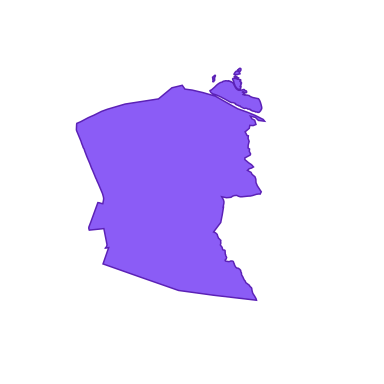 outline of Tigre, Buenos Aires, Argentina, rotated 322°
{"feature_id": "61730980B37602961907031", "entity_name": "Tigre", "entity_type": "district", "adm_level": 2, "iso_a3": "ARG", "parent_name": "Argentina", "parent_adm1": "Buenos Aires", "projection": "orthographic", "projection_center": [-58.508, -34.4], "detail": "fine", "context": "isolated", "style": "filled", "palette": "violet", "viewbox_px": 384, "rotation_deg": 322, "n_neighbors": 0, "source": "geoboundaries", "source_scale": "gbopen_adm2", "svg_char_len": 6034}
<svg xmlns="http://www.w3.org/2000/svg" viewBox="0 0 384 384"><g transform="rotate(322 192 192)"><path d="M250.0,101.9L240.3,97.5L222.9,98.0L208.6,90.0L193.4,81.5L176.3,74.7L170.4,72.8L161.6,71.0L158.6,70.2L155.7,69.5L147.7,68.1L143.5,67.0L142.7,67.7L139.6,71.3L139.1,72.0L138.8,72.7L135.8,83.6L134.9,86.0L134.1,88.8L133.6,90.1L133.5,91.6L132.8,93.4L130.9,99.5L129.0,106.7L127.6,111.1L126.9,114.1L124.7,121.9L124.5,123.1L124.0,124.7L123.3,127.7L120.5,138.1L119.4,140.8L118.6,142.4L118.3,142.8L117.4,143.8L114.5,146.3L113.6,145.3L112.2,143.3L111.3,142.4L93.7,153.4L89.2,156.1L88.8,156.5L88.1,157.4L87.6,158.8L100.0,166.6L92.7,181.0L92.0,181.8L91.4,182.2L90.6,182.6L89.5,182.7L89.2,182.9L92.1,184.5L77.6,193.9L99.7,228.5L120.8,261.3L145.6,286.8L176.2,317.0L176.7,315.9L177.2,313.0L177.5,309.6L177.7,308.8L178.8,306.3L179.8,304.6L179.9,303.9L179.6,302.4L179.6,301.6L179.8,300.9L179.7,300.5L178.6,296.5L179.1,295.0L179.0,293.7L179.1,293.0L179.8,290.1L180.1,287.8L181.0,286.4L181.2,286.0L181.5,284.6L181.8,284.1L182.1,283.7L182.0,282.3L181.7,281.0L181.4,280.4L180.5,279.5L180.4,279.3L180.2,278.1L180.5,275.9L181.0,274.8L181.3,273.4L181.5,273.0L181.7,272.4L181.6,271.7L181.2,271.2L180.2,270.3L178.8,269.9L178.0,269.4L176.0,267.2L175.9,266.9L175.9,266.7L176.2,266.1L176.6,265.9L177.4,265.9L178.0,265.6L179.0,264.9L179.1,264.6L179.3,263.4L179.4,262.9L179.9,262.1L180.0,261.4L182.0,258.5L182.0,258.2L181.8,257.7L180.9,256.9L180.8,256.5L180.8,256.1L181.5,254.6L181.7,253.8L181.7,251.2L183.4,249.9L183.7,249.1L184.9,247.9L184.9,247.5L184.7,246.8L184.7,245.9L184.4,244.6L184.8,244.0L184.9,242.9L185.7,241.1L185.7,240.1L185.4,238.7L184.8,237.4L184.4,236.8L195.9,233.7L201.9,228.5L207.4,223.4L207.1,223.2L210.3,220.4L211.2,219.3L212.0,217.5L212.5,214.0L215.6,217.7L217.4,218.9L219.5,220.2L221.4,220.3L223.0,220.8L225.2,222.2L225.9,223.8L227.0,225.4L228.7,226.7L233.5,229.7L235.5,231.1L237.6,232.1L241.4,233.5L243.6,234.8L244.4,235.6L246.7,234.5L247.3,227.4L248.2,224.0L250.2,221.2L251.0,218.8L250.2,215.1L250.6,212.9L249.0,209.1L251.5,208.9L253.6,209.8L255.9,210.1L255.7,207.1L254.6,203.8L253.6,199.0L254.6,197.7L260.6,198.7L261.6,198.1L262.2,195.2L263.8,193.6L263.3,191.8L265.1,189.7L268.2,187.3L269.2,184.3L271.0,182.4L270.2,181.4L270.9,177.3L276.3,177.1L278.6,175.1L281.0,177.3L284.0,178.2L285.6,174.0L284.2,171.1L284.7,168.2L287.9,172.3L288.4,176.5L292.8,180.9L292.8,178.7L288.9,170.4L285.1,163.8L279.3,154.6L275.0,144.5L269.3,130.7L261.9,120.5L254.9,111.8L249.8,106.6L250.0,101.9ZM283.7,124.0L281.7,123.2L280.3,123.0L278.5,122.9L276.8,123.0L274.3,123.3L270.7,123.5L269.5,123.4L269.1,123.2L268.7,123.2L268.4,123.3L268.2,125.1L268.2,125.8L268.5,126.3L268.6,127.0L269.4,128.4L269.6,128.7L269.8,128.8L270.2,129.5L270.8,130.3L272.3,133.0L273.4,135.2L274.2,137.1L274.8,138.2L275.2,139.2L277.4,144.5L278.2,145.9L279.5,146.9L280.7,149.0L280.4,149.1L280.3,149.4L280.3,149.6L281.3,151.7L281.7,151.9L281.9,153.0L282.8,153.6L282.8,153.8L282.6,153.8L282.7,154.5L284.5,158.2L285.0,158.6L285.9,159.0L286.7,159.9L287.1,161.1L287.8,161.7L288.1,161.8L288.6,162.5L288.8,163.0L288.5,163.2L288.8,163.8L289.0,164.0L289.3,165.1L291.1,167.2L291.3,168.0L291.6,168.3L292.4,168.9L292.7,169.6L292.9,169.9L293.7,170.4L294.3,170.5L294.6,170.5L295.3,170.3L296.3,170.2L296.8,169.8L297.7,169.5L297.9,169.3L298.2,169.3L299.1,168.2L300.5,165.1L300.7,164.3L301.1,163.6L301.4,162.4L301.6,161.8L301.8,160.5L301.8,159.9L301.6,159.5L301.7,159.3L298.1,155.0L297.3,153.7L296.6,152.2L296.3,151.0L295.6,150.3L295.5,150.0L293.1,148.0L293.0,147.7L293.3,147.7L293.2,147.6L293.5,147.4L293.5,146.9L292.3,146.8L292.2,146.6L293.0,146.5L293.4,146.2L293.5,146.0L293.7,145.8L293.3,144.3L294.1,144.3L294.2,145.3L294.3,145.9L294.9,146.4L295.3,146.9L295.9,147.1L296.4,147.1L297.0,146.3L297.0,145.7L296.6,145.2L296.3,145.2L296.1,144.9L296.3,143.9L296.2,143.4L296.0,143.1L294.6,142.5L293.8,142.2L292.5,141.5L291.4,140.6L291.1,140.0L290.7,139.0L290.5,138.0L290.5,136.8L290.9,134.3L291.4,132.0L291.4,131.3L291.3,130.6L291.1,129.9L291.0,129.6L290.8,129.6L290.6,129.5L290.4,128.9L290.5,128.6L289.7,127.8L289.8,127.6L289.6,127.3L289.5,127.1L289.1,127.1L288.9,126.9L289.1,126.8L289.0,126.6L288.3,126.4L287.9,125.8L286.9,125.0L285.6,124.4L284.9,124.0L284.2,123.9L284.1,124.0L283.7,124.0ZM299.3,133.9L299.4,133.5L298.9,132.7L297.8,131.5L297.2,131.1L297.1,130.8L296.3,129.5L295.7,128.9L294.3,127.8L293.9,127.8L293.6,127.9L293.2,128.6L293.2,129.5L293.0,130.5L292.3,131.7L291.5,134.3L291.2,135.2L291.2,137.7L291.4,139.1L292.2,139.9L292.6,140.6L293.6,140.6L294.0,140.4L294.1,140.0L294.2,139.8L294.6,139.8L294.9,139.5L295.1,139.5L295.6,139.0L295.6,138.6L295.1,138.6L295.0,138.4L295.4,138.2L295.9,138.2L296.1,138.1L296.8,137.2L297.0,137.4L297.5,137.1L297.5,136.6L297.5,136.3L297.9,136.1L298.1,135.7L298.3,135.9L298.4,135.4L298.0,134.8L297.9,134.1L298.1,133.9L298.5,133.9L298.7,134.0L299.0,134.0L299.3,133.9ZM301.1,124.0L299.5,124.2L299.2,124.5L298.3,124.6L297.5,125.2L297.5,125.4L298.4,126.4L299.0,126.5L300.0,127.4L300.5,127.6L300.8,127.6L301.1,127.7L301.8,128.1L302.5,128.4L302.7,127.9L302.8,127.9L302.8,127.6L302.8,127.2L303.1,127.0L303.1,125.8L302.9,125.5L302.5,125.2L302.4,124.6L302.0,124.3L301.6,124.3L301.4,124.1L301.1,124.0ZM282.1,114.3L281.7,114.1L281.5,114.3L280.6,114.1L280.4,114.4L279.9,114.5L279.4,114.2L278.9,114.2L278.5,114.7L278.5,115.3L278.1,115.5L277.5,116.5L277.5,116.8L277.7,117.2L277.9,117.6L277.8,118.1L278.1,118.1L278.8,117.8L279.1,117.3L278.9,117.2L278.9,116.9L278.7,116.9L279.1,116.8L279.3,116.5L279.7,116.5L280.2,116.0L280.3,115.8L281.8,115.0L282.2,114.5L282.1,114.3ZM305.7,123.9L305.0,123.8L304.8,124.0L303.3,123.9L303.2,124.6L303.7,125.9L304.3,126.5L304.5,126.5L305.5,126.1L306.3,125.2L306.4,124.7L306.3,124.4L305.7,123.9ZM298.9,130.7L298.3,129.6L298.3,129.0L298.3,128.7L298.0,128.1L297.1,127.3L296.8,127.3L296.2,127.3L296.3,127.7L296.9,128.8L296.9,129.2L297.7,129.7L297.9,130.2L298.6,130.8L298.9,130.7ZM277.1,118.3L277.2,117.9L277.4,117.8L277.4,117.6L277.0,117.4L276.8,117.4L276.4,117.7L276.4,118.0L276.9,118.4L277.1,118.3Z" fill="#8b5cf6" stroke="#5b21b6" stroke-width="1.5"/></g></svg>